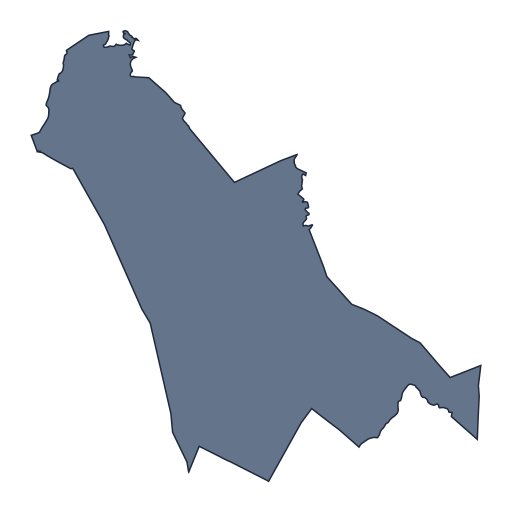 the district of San Ildefonso Amatlán, Oaxaca, Mexico
{"feature_id": "50627088B2691831673313", "entity_name": "San Ildefonso Amatlán", "entity_type": "district", "adm_level": 2, "iso_a3": "MEX", "parent_name": "Mexico", "parent_adm1": "Oaxaca", "projection": "orthographic", "projection_center": [-96.462, 16.295], "detail": "fine", "context": "isolated", "style": "filled", "palette": "slate", "viewbox_px": 512, "rotation_deg": 0, "n_neighbors": 0, "source": "geoboundaries", "source_scale": "gbopen_adm2", "svg_char_len": 4789}
<svg xmlns="http://www.w3.org/2000/svg" viewBox="0 0 512 512"><path d="M297.0,154.5L280.7,160.7L234.4,182.4L189.6,128.6L188.6,125.9L187.3,125.0L186.0,123.0L184.6,121.7L183.4,120.3L182.4,118.3L183.1,116.8L184.3,114.8L184.9,113.6L185.0,113.0L183.3,110.8L181.8,109.1L180.9,106.8L180.6,105.4L174.4,102.4L165.8,92.7L148.8,77.7L135.0,76.9L133.4,76.3L132.0,76.7L130.9,76.4L130.3,75.6L130.2,74.8L130.5,73.8L130.9,72.5L131.4,72.2L132.3,71.2L132.1,69.6L131.3,68.2L130.8,66.9L130.5,65.4L130.3,64.0L130.7,61.9L131.2,60.5L132.3,59.3L133.3,58.5L134.2,58.1L135.9,57.3L134.2,56.8L133.0,56.6L131.7,56.8L130.3,57.6L129.6,56.1L129.2,54.9L131.7,55.1L132.8,54.8L133.1,53.3L134.3,51.5L134.0,50.6L132.5,49.9L131.8,48.9L132.3,47.4L133.1,44.7L134.2,41.8L135.3,40.1L136.2,39.8L138.0,40.3L136.5,38.6L135.9,38.4L135.2,38.4L134.7,38.7L134.4,38.7L134.3,38.9L133.9,38.7L133.7,38.5L133.1,38.0L132.7,37.6L132.4,37.3L132.2,37.3L131.9,37.1L132.0,36.9L132.0,36.6L131.8,36.2L131.2,35.8L130.4,35.6L130.1,35.4L129.7,34.8L129.2,34.2L128.5,33.4L127.9,32.3L127.6,31.7L126.8,31.3L125.5,30.7L124.8,30.7L123.3,31.3L123.0,31.8L123.4,32.1L123.4,32.8L124.0,33.4L124.8,33.5L125.1,33.8L124.3,34.1L123.8,34.5L123.4,35.2L123.4,36.0L123.3,36.9L123.5,37.7L124.3,38.5L126.5,39.9L127.4,40.3L127.7,40.9L127.9,41.2L128.4,41.6L128.9,41.9L129.5,42.3L129.8,42.5L130.0,42.7L130.2,43.0L130.3,43.2L130.3,43.7L130.3,44.2L130.2,44.6L130.1,44.9L129.9,45.0L129.7,44.9L129.4,44.8L128.8,44.6L127.4,44.0L127.1,43.8L126.9,43.8L126.7,43.6L126.5,43.4L126.3,43.3L126.2,43.3L125.2,44.3L123.8,44.9L122.2,45.3L120.0,45.3L119.3,45.2L118.2,44.9L117.5,44.9L116.9,44.7L116.2,44.2L115.7,44.8L115.2,45.5L114.4,46.1L113.6,46.5L113.2,46.5L112.7,46.4L112.3,46.4L111.0,46.2L109.4,46.1L109.1,46.2L108.9,46.5L108.5,46.8L106.6,47.1L105.5,47.3L105.0,47.3L104.3,47.1L103.8,46.8L103.8,46.5L103.6,46.1L103.3,45.2L103.5,45.1L103.8,45.0L104.8,44.6L105.4,44.2L105.6,43.9L106.1,43.0L106.7,41.9L107.5,40.6L108.0,39.6L108.1,38.9L108.4,38.4L108.6,37.2L108.9,36.4L109.0,35.6L108.6,34.7L108.5,34.2L108.7,33.6L108.7,31.4L89.2,35.2L88.8,35.3L67.1,49.9L66.6,50.3L66.4,50.5L66.4,50.9L66.6,51.4L67.0,52.2L67.0,52.6L66.9,53.4L66.5,54.1L65.2,54.9L64.7,55.6L64.5,56.3L64.3,57.8L64.0,59.8L63.7,61.0L63.1,62.8L63.1,63.4L63.4,64.3L63.6,65.2L63.5,65.8L63.3,68.0L62.5,70.8L61.8,71.9L61.1,72.6L60.6,73.1L59.8,73.4L59.1,74.0L58.5,75.5L57.2,79.9L58.2,80.2L58.5,80.6L58.6,80.8L58.6,81.1L58.3,81.2L57.5,81.3L57.1,81.5L55.0,82.8L52.5,84.2L51.7,85.0L51.0,86.0L50.2,88.5L49.9,90.4L49.8,91.7L49.2,95.2L48.5,97.9L47.7,100.1L47.0,101.7L46.4,103.2L46.1,104.4L46.1,105.2L46.6,105.9L47.8,107.0L48.5,108.2L48.9,109.4L48.8,111.8L48.7,114.1L48.5,116.2L47.9,118.1L47.1,119.6L44.7,123.6L42.0,127.7L39.8,131.6L39.3,132.2L38.8,132.7L38.1,133.0L31.2,135.3L36.7,150.0L36.8,150.2L37.1,151.1L39.1,151.2L38.0,151.8L41.3,152.4L42.5,152.7L47.4,155.8L47.7,156.0L49.6,157.0L50.8,157.7L51.0,157.9L57.4,161.5L70.8,168.7L72.7,168.5L72.8,168.4L104.4,224.5L126.7,274.9L141.9,309.2L150.2,323.1L170.9,413.6L172.6,432.3L187.0,462.1L187.8,467.1L188.6,471.9L188.7,472.1L199.2,446.3L219.9,456.7L224.5,459.1L227.8,460.7L229.6,461.4L266.9,480.3L268.6,481.3L281.0,459.0L301.2,422.7L311.7,408.6L319.0,414.3L328.7,421.8L339.4,429.9L352.2,441.1L359.0,447.1L360.8,444.2L364.8,441.3L368.6,438.8L373.4,437.4L377.6,437.7L379.5,434.6L380.1,432.3L381.4,429.8L383.0,428.3L384.5,426.3L385.7,424.0L388.1,422.5L390.1,419.6L392.3,417.6L394.8,415.8L397.3,413.2L398.3,410.2L397.9,405.8L398.0,403.4L398.4,401.4L400.6,400.5L401.6,397.4L402.3,393.2L403.8,390.6L406.4,387.2L408.6,384.6L410.8,384.1L413.2,384.9L414.7,385.3L415.7,386.3L416.3,387.5L417.5,388.4L418.5,389.7L420.0,391.2L420.1,391.8L420.1,392.2L421.3,395.7L421.8,396.5L422.6,397.2L423.7,397.4L424.6,397.5L425.3,397.9L426.8,399.3L427.6,400.6L427.9,402.1L429.9,403.8L431.2,404.4L431.8,404.7L433.9,405.2L435.2,404.8L435.9,404.4L436.7,403.9L438.1,404.4L438.7,405.8L438.8,407.0L439.7,407.9L441.3,407.6L442.3,407.6L442.9,407.5L443.6,407.6L446.2,408.4L446.7,408.6L447.6,409.1L448.3,410.0L448.6,410.9L449.0,412.2L452.1,412.5L451.3,416.5L477.3,439.4L478.2,416.5L479.2,396.2L478.4,385.6L480.8,365.5L450.1,377.5L439.6,365.7L420.1,342.9L411.2,338.1L377.2,315.7L364.0,309.2L351.7,304.3L326.9,276.7L323.3,266.0L309.1,229.6L311.0,227.6L312.5,225.1L312.1,224.8L308.1,226.1L305.8,225.4L303.3,225.9L302.9,223.6L304.0,221.8L306.3,219.3L306.6,218.0L306.0,216.5L306.5,215.6L308.9,214.7L309.1,213.7L306.3,211.1L305.1,209.4L305.6,208.2L307.9,208.0L308.6,207.1L307.9,203.6L307.5,202.3L305.0,201.6L302.8,202.3L302.5,202.0L302.4,201.7L303.4,200.6L303.8,199.3L303.5,198.8L297.8,194.1L299.6,191.3L302.4,188.9L301.6,186.1L302.5,179.5L301.9,178.6L301.7,175.9L303.0,174.0L305.6,175.5L306.2,172.9L297.2,168.6L295.4,166.7L295.6,165.9L294.3,163.4L294.1,159.4L296.9,155.1L297.0,154.5Z" fill="#64748b" stroke="#1e293b" stroke-width="1.5"/></svg>